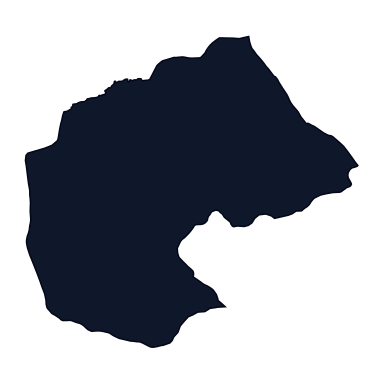 the district of Lao Ngarm, Saravan, Laos, rotated 269°
{"feature_id": "54806243B99533755262624", "entity_name": "Lao Ngarm", "entity_type": "district", "adm_level": 2, "iso_a3": "LAO", "parent_name": "Laos", "parent_adm1": "Saravan", "projection": "natural_earth1", "projection_center": [106.182, 15.455], "detail": "fine", "context": "isolated", "style": "filled", "palette": "ink", "viewbox_px": 384, "rotation_deg": 269, "n_neighbors": 0, "source": "geoboundaries", "source_scale": "gbopen_adm2", "svg_char_len": 5860}
<svg xmlns="http://www.w3.org/2000/svg" viewBox="0 0 384 384"><g transform="rotate(269 192 192)"><path d="M173.4,303.8L174.4,305.2L175.5,307.0L177.4,309.0L180.8,311.3L182.4,312.7L183.8,314.2L185.6,318.0L186.8,320.7L187.9,325.9L189.0,332.7L189.2,339.4L189.6,341.0L193.7,346.7L194.4,348.8L194.9,350.1L195.8,350.9L197.0,351.5L198.4,351.1L201.6,349.4L203.5,348.4L205.9,348.1L207.7,348.3L209.2,348.8L211.5,350.2L213.2,352.1L214.2,355.8L214.9,357.7L215.7,358.3L216.5,357.6L219.0,355.7L223.5,352.7L230.3,347.9L235.0,344.4L238.8,340.5L244.6,334.0L245.6,332.5L246.1,330.5L246.4,329.0L249.0,324.3L253.6,318.0L255.3,315.6L257.0,312.1L258.2,310.2L258.7,309.0L258.4,307.2L260.4,305.9L262.3,304.4L265.1,302.3L268.0,300.7L270.1,299.6L271.9,298.2L273.5,296.9L276.7,294.2L279.6,292.3L281.9,291.1L284.5,290.1L287.3,288.8L290.2,287.0L293.9,284.6L297.2,282.6L300.0,280.9L303.1,279.4L305.6,277.5L306.3,276.0L310.2,273.1L313.7,270.6L316.0,268.5L319.2,266.3L322.5,263.8L326.4,260.5L328.2,258.9L332.6,255.9L334.3,254.5L336.4,253.6L341.1,252.2L346.5,251.4L344.5,241.9L345.1,235.8L345.6,222.1L343.4,218.7L341.9,216.7L340.5,214.8L337.8,212.1L335.8,210.5L333.0,208.6L331.0,207.6L328.4,205.2L326.3,203.1L325.9,201.5L325.9,198.0L325.8,194.7L326.0,191.2L327.1,186.0L327.2,184.2L326.9,180.0L326.7,177.9L326.9,176.5L323.6,164.7L321.7,162.2L320.3,160.5L318.9,159.1L305.4,151.8L304.6,150.1L304.5,148.2L304.4,146.7L304.3,145.8L304.1,144.4L304.1,144.1L304.3,143.9L304.6,143.7L305.5,143.4L305.9,143.2L306.0,143.1L306.0,142.8L306.1,142.5L306.1,142.1L306.2,141.6L306.2,140.9L306.2,140.2L306.1,139.8L305.9,139.5L305.7,139.4L305.4,139.1L305.1,138.8L305.1,138.5L305.0,138.4L305.0,138.2L305.0,137.7L305.1,137.2L305.2,136.9L305.2,136.6L305.1,136.4L305.0,135.8L304.6,135.1L304.5,134.8L304.5,134.5L304.5,134.3L304.5,134.0L304.6,133.8L304.7,133.5L305.2,132.5L305.2,132.2L304.9,131.8L304.7,131.8L304.2,131.6L303.9,131.4L303.6,131.2L303.4,131.0L303.3,130.9L303.2,130.6L303.3,130.3L303.4,130.2L303.7,130.0L304.0,129.9L304.3,129.8L305.6,129.6L305.9,129.5L306.0,129.1L306.0,128.9L306.0,128.6L306.0,128.2L305.8,127.4L305.6,126.9L305.4,126.5L305.0,125.7L304.3,124.8L304.1,124.4L304.0,124.1L303.9,123.9L303.9,123.6L303.9,123.1L303.9,121.4L303.9,121.1L303.9,120.8L303.8,120.6L303.8,120.3L303.6,120.1L303.1,119.4L303.0,119.2L302.9,118.9L302.9,118.5L302.9,118.2L303.2,117.9L303.8,117.5L304.0,117.4L304.1,117.0L304.1,116.8L304.0,116.5L303.9,116.4L303.7,116.3L303.3,116.2L302.3,116.0L301.9,115.9L301.6,115.8L301.3,115.6L301.0,115.3L300.7,115.0L300.3,114.6L299.9,114.0L299.7,113.7L298.9,113.2L297.9,112.8L297.6,112.5L297.5,112.2L297.7,111.3L297.8,110.9L297.7,110.7L297.2,110.0L296.8,109.6L296.6,109.3L296.2,108.9L295.7,108.2L295.1,107.1L294.9,107.0L294.7,106.7L294.4,106.7L294.0,106.8L293.8,106.9L293.6,107.1L293.1,107.6L292.8,107.7L292.5,107.7L292.3,107.5L291.9,107.3L291.7,107.0L291.5,106.7L291.1,106.4L290.7,106.1L290.6,105.9L290.7,105.7L290.9,105.4L290.9,104.8L290.8,104.6L290.3,103.3L290.1,102.8L289.9,102.3L289.9,101.9L290.0,101.7L290.2,101.3L290.2,100.9L290.1,100.7L289.2,100.2L288.9,99.9L288.7,99.6L288.5,99.3L288.4,98.9L288.3,98.6L288.2,98.3L288.0,96.9L287.9,96.0L287.8,94.1L287.8,93.3L287.8,92.9L287.7,92.5L287.6,92.2L287.5,91.8L287.2,91.2L287.1,90.3L287.1,89.7L286.9,89.1L286.8,88.9L286.7,88.7L286.3,88.5L285.8,88.3L285.6,88.2L285.4,87.9L285.3,87.7L285.1,87.4L285.0,87.2L284.6,86.7L284.4,86.4L284.3,86.1L284.2,85.6L284.1,84.7L284.1,83.2L284.0,82.8L284.0,82.3L283.7,81.4L283.5,80.6L283.3,80.3L283.1,79.8L282.5,78.8L282.4,78.5L282.1,77.6L282.1,77.2L282.0,76.8L281.9,75.1L281.9,74.9L281.7,74.5L281.5,74.4L281.3,74.4L281.0,74.4L280.4,74.4L280.2,74.4L279.8,74.3L279.6,74.1L279.3,73.7L279.0,73.1L278.8,72.8L278.5,72.8L277.9,72.8L277.2,72.7L276.8,72.0L276.4,71.2L275.5,69.7L275.2,69.2L274.9,68.4L274.8,68.0L274.7,67.4L274.6,66.3L274.6,66.0L274.5,65.8L274.3,65.3L270.4,64.0L265.9,63.0L262.1,61.9L256.6,60.7L247.6,59.1L245.6,58.3L241.1,52.8L238.4,45.7L233.7,28.6L231.5,26.7L226.4,26.0L221.1,26.8L203.3,28.7L196.5,29.8L191.7,29.8L187.2,30.2L183.9,30.3L180.1,30.1L175.1,29.9L167.4,30.3L164.5,30.0L161.1,29.2L156.6,28.6L153.2,27.6L150.8,26.6L147.2,25.8L145.9,25.7L144.0,25.7L142.1,26.0L140.2,26.3L138.5,26.7L132.2,28.6L125.2,31.3L113.2,35.8L105.0,38.7L100.9,40.0L92.8,42.9L86.7,44.1L82.1,44.3L79.4,44.9L78.2,45.4L75.9,47.4L73.2,49.6L72.1,51.3L71.1,53.1L68.1,57.4L67.2,58.2L66.5,59.0L65.9,60.1L65.7,61.2L65.7,64.2L65.8,68.1L65.5,69.4L63.8,73.6L62.6,77.5L61.7,79.3L60.0,81.6L57.5,84.1L56.2,85.6L54.5,89.1L54.7,92.5L54.8,94.4L54.7,97.2L54.5,99.0L54.1,100.9L52.6,106.8L51.0,109.1L49.6,111.2L46.9,116.7L46.2,119.6L45.7,121.6L44.8,125.1L44.1,127.6L43.9,130.1L43.3,134.0L43.1,137.1L42.0,139.8L40.7,142.2L38.0,147.3L37.6,148.8L37.5,150.8L38.0,154.1L39.0,158.4L39.3,160.7L41.5,167.3L44.0,169.7L47.1,171.0L49.0,172.7L51.8,175.4L58.3,177.9L63.4,182.4L67.3,186.1L69.2,190.8L71.8,195.6L72.2,202.8L73.7,205.3L75.4,208.0L75.8,211.9L76.4,215.9L76.7,223.2L79.6,220.1L81.3,218.2L83.0,216.2L84.4,216.0L85.5,215.7L87.2,215.2L88.4,214.8L89.3,214.4L90.3,213.8L91.2,213.1L93.6,211.5L94.5,210.5L95.6,209.1L97.7,205.8L98.5,204.1L99.3,202.6L100.4,200.8L101.6,199.4L107.2,191.6L108.0,191.9L109.8,192.2L111.5,192.0L113.0,191.5L114.2,190.3L117.7,186.4L119.7,184.6L122.4,181.9L125.8,178.8L126.8,177.9L129.1,177.1L131.6,176.5L136.2,176.3L138.1,177.3L140.8,178.6L142.8,179.6L144.6,181.1L146.7,183.9L148.6,185.9L151.2,188.5L155.4,191.9L158.3,193.8L159.2,195.0L159.4,197.2L159.4,200.2L159.8,202.4L160.7,204.2L162.4,206.1L164.0,207.0L165.8,207.3L167.6,208.2L169.4,209.7L171.9,211.2L173.5,215.5L172.7,218.6L171.2,219.7L169.4,222.0L166.2,223.9L161.3,229.7L159.0,230.5L157.1,231.9L156.6,233.0L156.7,234.1L157.1,235.9L157.2,236.9L156.6,243.5L157.6,247.7L160.1,251.4L164.6,254.3L168.0,258.6L168.7,265.4L166.7,271.0L164.2,274.1L165.7,281.2L167.1,287.8L168.6,292.0L171.1,295.7L171.2,301.1L173.4,303.8Z" fill="#0f172a" stroke="#020617" stroke-width="1.5"/></g></svg>